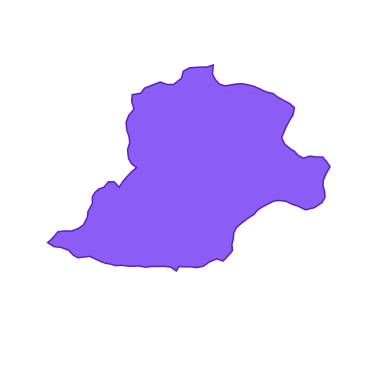 the district of Córrego do Bom Jesus, Minas Gerais, Brazil, rotated 219°
{"feature_id": "56859067B97735160434443", "entity_name": "Córrego do Bom Jesus", "entity_type": "district", "adm_level": 2, "iso_a3": "BRA", "parent_name": "Brazil", "parent_adm1": "Minas Gerais", "projection": "albers", "projection_center": [-45.994, -22.626], "detail": "fine", "context": "isolated", "style": "filled", "palette": "violet", "viewbox_px": 384, "rotation_deg": 219, "n_neighbors": 0, "source": "geoboundaries", "source_scale": "gbopen_adm2", "svg_char_len": 1714}
<svg xmlns="http://www.w3.org/2000/svg" viewBox="0 0 384 384"><g transform="rotate(219 192 192)"><path d="M255.4,304.1L259.2,298.3L264.6,293.9L272.0,287.0L274.8,280.6L271.8,273.7L274.0,263.9L279.0,259.9L285.9,257.5L290.7,249.2L294.3,242.7L293.9,236.6L299.7,230.0L295.9,224.4L289.2,220.0L289.4,211.9L287.2,204.9L281.8,199.2L275.4,195.1L271.5,191.2L268.7,184.3L262.3,178.0L256.3,175.8L250.4,176.1L251.7,169.6L252.2,163.0L252.3,156.6L251.7,149.9L258.9,150.9L263.3,147.4L263.5,140.1L266.3,135.7L267.1,130.7L266.4,125.4L262.2,120.4L260.5,111.3L257.4,106.5L255.7,98.2L257.5,91.8L261.1,85.7L266.4,81.7L271.1,76.8L271.4,67.3L272.3,61.8L264.9,62.7L259.0,66.5L251.1,69.1L244.4,68.2L239.3,69.1L235.9,72.6L231.0,77.6L224.3,79.3L218.9,80.6L214.0,82.4L209.7,84.8L205.1,86.7L200.7,90.7L194.0,94.8L186.8,101.0L180.7,104.4L176.1,109.2L171.6,112.7L167.1,116.5L161.1,120.4L154.5,120.7L155.2,126.0L151.2,128.7L146.2,132.9L140.8,136.2L136.5,141.3L134.4,148.8L130.6,155.7L124.4,157.9L123.7,166.0L123.7,172.1L128.0,176.3L130.4,181.6L133.7,186.3L135.1,192.1L134.1,198.0L132.0,206.8L129.7,213.9L129.7,219.1L128.1,224.2L125.6,230.2L122.7,236.4L118.9,240.3L112.8,244.1L106.3,245.5L100.9,247.7L92.5,249.6L87.1,256.7L84.3,265.6L85.3,271.6L88.9,275.5L94.2,279.4L97.4,283.9L99.2,290.3L100.7,298.6L106.1,300.2L112.5,301.4L117.3,297.5L123.0,294.1L126.8,288.4L132.7,287.2L137.9,288.1L142.8,287.4L149.9,287.5L156.6,290.6L158.2,296.4L159.7,301.4L161.2,308.9L162.0,315.3L165.4,322.0L171.8,322.2L178.7,320.9L184.8,319.7L191.2,319.5L195.5,317.2L200.7,315.6L205.8,314.4L211.0,312.8L216.0,310.5L220.7,308.0L225.0,304.4L229.2,299.7L233.0,295.3L238.7,293.1L244.8,294.1L250.4,296.6L255.4,304.1Z" fill="#8b5cf6" stroke="#5b21b6" stroke-width="1.5"/></g></svg>